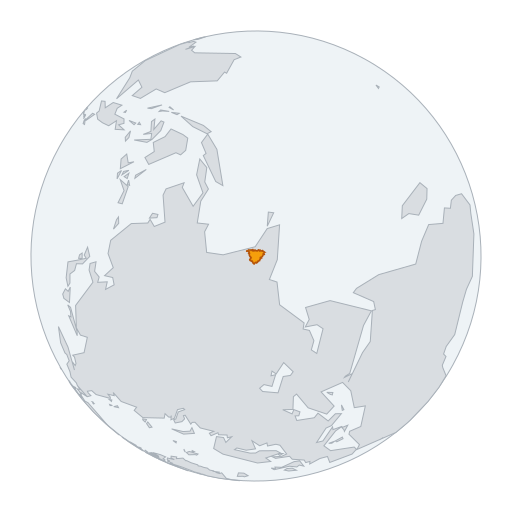 Telangana highlighted on a globe, orthographic projection, rotated 209°
{"feature_id": "IND-20011", "entity_name": "Telangana", "entity_type": "State", "adm_level": 1, "iso_a3": "IND", "parent_name": "India", "parent_adm1": "", "projection": "orthographic", "projection_center": [78.948, 17.86], "detail": "fine", "context": "on_globe", "style": "filled", "palette": "amber", "viewbox_px": 512, "rotation_deg": 209, "n_neighbors": 0, "source": "natural_earth", "source_scale": "10m", "svg_char_len": 13129}
<svg xmlns="http://www.w3.org/2000/svg" viewBox="0 0 512 512"><g transform="rotate(209 256 256)"><circle cx="256" cy="256" r="225" fill="#eef3f6" stroke="#a8b0b8"/><path d="M372.3,63.1L373.6,63.8L370.9,62.2L372.3,63.1ZM354.6,53.4L358.4,55.4L355.0,53.8L355.9,54.6L351.4,52.7L342.0,48.3L338.9,47.2L343.3,49.4L341.5,49.5L335.5,46.2L331.7,46.2L315.4,40.3L303.0,35.7L290.3,33.3L288.7,33.1L305.7,36.3L322.4,40.7L338.8,46.5L354.6,53.4ZM356.9,55.1L359.0,56.1L358.6,56.2L356.9,55.1ZM351.2,53.5L349.9,53.5L349.6,52.6L351.2,53.5ZM348.1,53.1L345.1,54.0L349.5,56.1L335.4,51.1L342.6,51.6L341.5,50.0L344.8,51.9L348.1,53.1ZM277.1,31.7L278.4,31.8L271.8,31.4L266.2,31.0L265.2,30.9L277.1,31.7ZM264.5,30.9L263.3,30.9L260.6,30.8L264.5,30.9ZM328.0,48.5L325.9,48.4L326.4,47.8L328.0,48.5ZM255.8,30.7L257.7,30.7L252.0,30.8L252.6,30.8L251.3,30.8L255.8,30.7ZM283.7,32.4L285.5,32.7L280.6,32.3L280.7,32.5L272.0,31.4L283.7,32.4ZM250.2,30.8L249.0,31.0L244.5,31.1L247.8,30.9L250.2,30.8ZM261.0,30.8L262.6,30.9L259.9,30.8L261.0,30.8ZM228.1,32.6L231.8,32.1L234.1,32.0L228.1,32.6ZM248.8,31.1L250.3,31.0L251.7,31.0L250.0,31.2L248.8,31.1ZM269.2,31.4L266.8,31.3L272.5,31.8L269.1,31.9L263.9,31.3L264.7,31.6L263.6,31.6L260.6,31.2L269.2,31.4ZM252.2,31.6L244.5,31.5L237.1,32.2L234.8,32.2L247.2,31.2L252.2,31.6ZM257.4,31.3L253.7,31.5L252.8,31.2L254.7,31.0L257.4,31.3ZM268.6,32.3L275.2,32.3L276.1,32.4L268.6,32.3ZM250.3,31.8L252.2,31.9L249.8,31.9L250.3,31.8ZM263.2,32.1L265.4,31.9L266.3,32.1L263.2,32.1ZM254.2,32.3L251.7,32.1L252.9,31.9L254.2,32.3ZM258.4,32.2L259.2,32.5L254.9,31.9L259.3,32.1L258.4,32.2ZM263.7,32.3L265.0,32.3L262.7,32.3L263.7,32.3ZM250.9,33.7L245.0,32.9L247.8,32.2L253.1,33.0L250.9,33.7ZM41.5,187.1L42.7,183.5L48.1,169.5L73.9,135.7L74.1,141.2L88.3,145.2L89.1,148.1L81.7,157.7L87.7,177.9L96.5,171.0L107.8,184.1L119.0,187.4L133.2,168.7L114.9,162.6L117.5,152.0L136.8,148.5L153.6,154.9L155.1,151.1L149.3,139.7L158.1,134.5L147.9,135.4L148.4,140.0L142.0,141.0L141.1,137.0L144.3,135.1L140.6,131.9L126.6,142.8L125.6,148.6L112.9,146.7L110.1,156.5L104.9,159.5L107.8,144.2L111.3,139.5L112.6,122.2L107.8,126.7L106.2,143.7L104.5,141.5L98.0,148.9L101.6,141.6L104.6,122.9L96.4,121.9L77.5,136.5L74.5,135.7L75.9,129.4L91.4,111.2L96.3,115.3L101.9,109.9L108.2,100.1L109.2,102.5L112.4,99.4L114.9,100.9L125.8,95.8L129.5,97.1L140.8,88.5L144.2,88.3L136.5,93.2L133.2,97.7L143.3,102.1L147.3,101.0L153.8,95.4L155.8,97.8L160.8,91.8L170.0,92.5L162.9,87.1L170.4,81.4L179.7,78.8L180.9,76.2L165.7,80.7L160.8,83.5L158.5,87.3L144.0,95.5L139.0,95.6L149.5,84.1L143.5,83.4L154.3,75.7L188.8,66.7L199.7,67.1L203.0,78.9L196.4,81.5L192.0,78.3L189.6,86.2L192.9,83.1L194.5,85.4L202.1,81.5L203.6,83.0L208.2,77.0L210.9,78.4L207.9,82.2L221.4,78.6L228.8,81.0L231.2,79.5L231.5,77.3L240.8,82.4L242.1,81.2L239.5,78.9L240.5,75.2L245.7,70.8L248.6,72.8L247.1,74.6L248.4,81.9L243.9,87.1L245.7,87.6L250.2,83.6L248.7,74.6L251.0,71.5L252.7,75.4L252.3,73.7L254.4,72.8L259.1,74.0L257.7,69.7L276.6,59.8L287.7,61.9L287.1,65.9L303.4,63.4L314.7,67.4L312.3,65.1L318.5,63.3L315.1,62.0L314.4,60.8L328.7,57.3L334.4,58.6L337.9,56.0L336.6,55.0L332.7,53.8L335.4,51.1L349.5,56.1L351.5,57.9L359.0,60.4L362.6,64.6L369.0,69.7L368.6,73.8L373.7,78.1L376.1,78.6L384.8,85.4L394.6,98.5L376.3,85.2L359.5,68.2L365.5,74.5L361.0,72.5L361.3,74.7L365.7,79.6L368.2,80.4L359.5,88.1L364.1,103.1L371.2,101.7L378.3,106.1L389.8,125.3L385.9,154.0L395.2,162.8L397.5,169.0L393.1,173.4L389.7,164.3L383.0,161.6L381.7,156.2L373.6,161.3L371.4,153.8L366.1,162.0L370.9,167.7L378.9,165.4L375.2,176.6L386.6,186.4L390.7,199.3L380.8,223.9L366.6,232.4L366.4,236.7L359.3,232.5L352.0,241.5L366.8,264.2L367.2,271.1L354.4,285.2L353.7,280.2L335.1,269.0L333.0,285.5L347.3,298.2L352.2,313.6L341.9,309.5L336.7,295.9L330.1,291.5L330.9,277.2L323.4,256.4L312.9,260.8L312.7,252.3L300.9,235.2L285.3,241.1L261.2,263.7L259.5,285.4L250.5,294.7L235.6,263.1L232.9,241.9L225.0,243.4L211.7,224.8L181.5,220.8L179.4,215.0L173.2,216.8L164.3,210.0L162.1,200.7L155.6,200.2L162.1,224.9L169.3,225.5L178.5,217.8L178.7,226.3L187.7,235.0L169.6,252.9L128.5,264.0L128.3,247.4L117.1,198.8L119.6,194.2L119.7,193.6L119.8,192.6L114.8,199.8L114.2,190.5L116.0,223.2L114.6,236.6L127.8,264.8L125.6,267.0L131.0,273.2L153.1,271.1L152.4,276.4L139.6,299.2L112.4,326.4L118.3,349.2L120.2,367.2L108.3,375.2L114.5,389.4L109.1,392.0L112.2,399.5L110.7,405.8L106.4,410.1L93.6,404.4L88.7,397.3L76.1,380.9L56.9,343.1L55.8,328.9L52.9,316.0L44.1,283.6L45.8,269.1L44.4,261.2L41.1,260.2L40.1,250.8L38.5,248.9L31.7,243.4L32.3,229.6L35.0,212.1L41.5,187.1ZM58.8,155.1L56.7,159.0L58.8,155.1ZM167.4,172.8L180.1,176.2L181.2,162.6L186.2,163.1L184.8,158.5L181.3,161.7L178.8,149.7L186.7,147.4L188.7,142.1L184.5,140.7L170.4,147.0L173.8,163.8L168.0,168.2L167.4,172.8ZM127.4,82.5L125.9,85.1L121.4,88.0L116.8,88.2L123.2,83.8L127.4,82.5ZM124.9,88.3L136.5,77.9L139.9,77.9L136.0,79.6L137.1,80.6L131.1,83.6L123.0,94.6L118.5,98.0L112.3,95.4L116.8,94.1L118.0,91.3L124.9,88.3ZM160.4,57.1L165.5,54.2L166.2,57.8L161.3,60.2L156.4,60.0L159.2,57.2L160.4,57.1ZM242.3,31.1L243.1,31.1L242.0,31.3L239.5,31.5L238.2,31.5L235.8,31.8L231.9,32.0L229.7,32.4L211.1,35.2L211.8,35.1L242.3,31.1ZM180.1,43.9L192.0,40.1L196.6,39.4L199.2,38.4L202.1,37.9L198.9,38.9L205.7,37.2L207.2,37.1L218.0,35.6L226.8,33.9L230.9,33.6L228.3,34.3L234.3,33.6L232.0,34.9L234.9,34.8L235.6,36.4L228.7,38.3L232.5,38.2L233.2,39.8L227.9,41.8L227.4,40.2L221.9,43.8L218.0,42.9L217.6,43.4L212.6,43.7L205.7,45.1L204.8,44.4L202.5,45.3L199.1,45.8L195.7,46.9L192.8,46.3L188.4,47.7L189.6,46.7L182.7,49.4L186.5,47.2L182.5,48.0L180.9,49.7L174.0,47.1L168.1,48.8L161.1,51.7L164.8,50.0L180.1,43.9ZM250.8,34.1L243.4,35.9L237.7,36.5L238.9,33.6L236.6,33.5L237.2,32.3L245.4,31.7L244.5,32.0L245.5,32.2L242.5,32.3L245.7,32.4L244.5,33.0L246.7,33.3L243.7,33.7L250.8,34.1ZM93.6,145.4L94.9,146.7L97.7,147.6L93.7,152.5L93.6,145.4ZM95.3,132.6L97.0,132.7L92.7,139.5L91.3,138.4L95.3,132.6ZM101.6,127.4L97.4,132.2L98.9,129.0L101.6,127.4ZM138.5,93.2L140.7,93.3L139.5,94.8L136.6,96.4L138.5,93.2ZM210.7,54.7L211.3,53.1L212.9,52.8L218.3,49.6L221.6,50.4L219.6,52.7L210.7,54.7ZM128.0,171.1L122.6,173.9L121.9,171.5L123.9,171.0L128.0,171.1ZM105.7,162.8L109.1,167.2L104.6,164.2L105.7,162.8ZM215.2,55.0L217.1,53.5L217.5,54.9L215.2,55.0ZM224.3,50.9L225.5,52.2L222.7,50.2L224.3,50.9ZM230.1,461.9L234.0,463.7L230.2,463.6L230.1,461.9ZM152.4,370.9L148.2,399.6L139.1,397.9L134.2,388.5L133.5,370.6L142.9,367.2L146.7,359.4L152.4,370.9ZM398.9,343.8L404.0,343.8L403.7,344.8L398.9,343.8ZM393.6,341.3L399.7,340.6L392.3,343.6L393.6,341.3ZM402.0,340.4L408.1,337.5L410.8,335.4L410.2,337.5L402.0,340.4ZM389.4,342.0L365.3,344.7L355.5,343.0L358.1,339.2L374.0,338.5L389.4,342.0ZM357.3,339.2L341.9,330.3L319.1,301.5L327.3,301.6L350.8,318.3L349.4,321.5L358.7,328.8L357.3,339.2ZM393.4,316.3L391.9,325.9L378.9,326.8L372.8,326.0L368.7,314.3L371.0,307.9L376.1,307.5L394.2,284.1L400.9,288.3L395.6,298.0L400.9,305.5L393.4,316.3ZM260.6,287.5L266.5,300.4L261.5,302.4L260.6,287.5ZM400.5,268.2L393.9,278.5L399.6,265.2L400.5,268.2ZM403.3,256.0L404.2,260.6L400.8,256.5L403.3,256.0ZM367.2,243.2L361.9,244.8L361.2,241.5L367.6,237.5L367.2,243.2ZM393.7,210.4L395.6,220.1L395.2,223.5L391.9,218.0L393.7,210.4ZM246.0,63.9L234.7,67.1L228.8,70.8L228.8,74.8L223.9,71.0L233.0,65.1L246.0,63.9ZM272.5,59.9L272.4,57.0L275.6,57.8L276.1,58.6L272.5,59.9ZM270.2,58.4L264.0,55.9L266.0,54.1L270.5,56.4L270.2,58.4ZM239.2,54.3L235.7,55.1L235.3,53.8L239.2,54.3ZM406.4,423.2L411.8,417.3L415.4,414.8L409.3,420.9L406.4,423.2ZM408.1,404.0L372.2,423.1L365.7,422.7L370.3,417.1L370.3,401.6L372.7,401.6L374.8,390.4L397.7,376.6L415.0,354.6L424.3,353.7L433.5,337.8L442.0,336.3L437.6,348.3L444.2,352.9L454.2,325.9L452.8,350.7L453.8,357.7L447.6,373.2L425.2,404.1L417.5,411.7L418.5,409.8L414.7,413.4L412.2,413.9L415.8,406.2L411.8,409.8L417.9,402.5L411.0,409.5L412.1,404.7L408.1,404.0ZM475.5,304.8L475.9,303.1L475.8,304.0L475.5,304.8ZM411.4,342.6L419.0,334.1L422.6,332.7L411.4,342.6ZM475.7,302.4L475.2,302.9L475.5,301.4L475.7,302.4ZM476.3,298.9L476.5,297.0L476.1,301.2L476.3,298.9ZM475.6,295.9L476.0,298.6L475.5,296.5L475.6,295.9ZM475.0,297.0L474.4,296.1L474.6,295.4L475.0,297.0ZM463.5,306.8L466.3,316.7L463.0,318.1L459.7,312.5L455.3,321.0L446.4,322.9L449.0,317.9L448.2,311.6L437.9,311.9L435.8,308.0L439.8,304.1L432.5,302.4L440.6,298.5L443.6,306.7L448.0,298.5L454.8,298.1L460.8,298.9L464.7,303.7L463.5,306.8ZM439.8,318.2L441.2,317.8L439.8,320.8L439.8,318.2ZM473.3,292.4L474.1,295.8L473.9,297.0L473.4,296.8L473.3,292.4ZM465.8,301.7L470.4,292.2L471.3,291.8L468.1,301.6L465.8,301.7ZM469.7,287.9L471.4,288.0L472.1,291.6L471.7,292.9L469.7,287.9ZM423.3,313.8L422.9,316.4L420.6,314.9L423.3,313.8ZM426.3,311.7L432.8,313.0L425.6,314.0L426.3,311.7ZM404.5,307.1L406.7,312.6L413.6,307.7L408.3,314.0L412.6,322.9L410.8,326.8L406.7,317.1L404.5,328.2L401.4,328.5L400.1,319.5L403.4,307.7L406.5,302.5L418.8,298.4L404.5,307.1ZM426.4,304.6L424.6,298.0L425.9,293.2L427.9,296.4L426.4,304.6ZM418.5,282.5L412.9,275.5L408.4,279.3L417.0,266.6L421.0,275.4L418.5,282.5ZM412.8,265.8L408.7,269.3L412.6,262.0L412.8,265.8ZM407.3,266.8L406.2,261.3L409.8,261.5L407.3,266.8ZM415.1,265.6L414.9,256.1L417.3,261.3L415.1,265.6ZM403.1,249.2L411.8,257.0L401.4,254.7L398.3,236.8L402.5,235.7L403.1,249.2ZM409.5,174.3L406.9,169.6L410.0,167.9L410.9,171.5L409.5,174.3ZM417.6,159.7L410.0,165.9L403.4,171.7L406.7,173.5L407.6,182.1L401.2,175.1L403.9,165.0L409.3,162.2L407.6,155.4L410.0,150.1L405.6,142.1L405.8,138.3L411.5,144.9L417.6,159.7ZM403.4,138.8L396.6,124.9L403.5,125.8L406.6,129.0L406.8,134.9L403.1,134.0L403.4,138.8ZM397.0,122.0L393.3,121.2L375.7,103.0L373.7,99.6L390.8,112.9L388.3,113.0L391.4,117.6L397.0,122.0ZM327.9,49.3L326.1,48.4L328.6,49.1L327.9,49.3ZM312.3,60.2L311.9,58.7L314.8,59.3L312.3,60.2ZM312.1,55.2L309.1,55.6L311.1,54.4L312.1,55.2ZM302.7,56.7L307.4,55.3L304.6,57.9L302.7,56.7Z" fill="#d9dde1" stroke="#a8b0b8" stroke-width="1"/><path d="M250.8,254.2L250.6,253.9L250.8,253.8L250.8,253.6L250.8,253.4L251.0,253.2L251.3,253.2L251.4,252.8L251.4,252.7L251.5,252.7L251.8,252.4L252.0,252.2L251.9,251.9L251.9,251.7L251.7,251.6L251.6,251.3L251.7,251.2L251.8,251.1L251.9,250.9L251.9,250.6L252.1,250.4L252.1,250.2L252.3,250.2L252.6,250.4L252.7,250.5L252.9,250.5L253.0,250.5L253.1,250.4L253.1,250.1L253.2,249.9L253.3,249.8L253.3,249.7L253.5,249.7L253.6,249.3L253.7,249.1L253.8,248.9L254.0,248.7L253.9,248.6L253.7,248.2L253.9,248.1L254.0,248.3L254.3,248.4L254.5,248.3L254.8,248.3L255.0,248.4L255.1,248.5L255.4,248.5L255.5,248.5L255.7,249.0L255.9,249.1L256.0,249.2L256.1,249.3L256.3,249.4L256.6,249.4L256.6,249.5L256.8,249.6L257.0,249.7L257.1,249.4L257.1,249.2L257.5,249.2L257.5,249.3L258.2,249.4L258.3,249.5L258.4,249.4L258.5,249.3L258.8,249.2L259.1,249.2L259.3,249.4L259.4,249.5L259.6,249.6L259.8,249.8L259.7,250.1L259.7,250.3L259.6,250.5L259.7,250.8L259.5,251.0L259.4,251.1L259.4,251.3L259.5,251.3L259.7,251.6L259.8,251.8L259.8,252.0L259.6,252.2L259.8,252.3L260.1,252.5L260.3,252.7L260.5,252.7L260.8,252.7L261.0,252.6L261.1,252.9L261.2,253.0L261.3,253.0L261.6,253.0L261.8,253.1L262.0,253.2L262.1,253.3L262.5,253.8L262.6,254.0L262.7,254.3L262.8,254.4L262.8,254.5L262.7,254.6L262.7,254.8L262.9,254.8L262.9,254.7L263.0,254.6L263.1,254.8L263.4,254.8L263.5,254.8L263.4,255.0L263.5,255.3L263.6,255.6L263.6,256.0L263.7,256.3L263.8,256.3L264.2,256.1L264.3,256.0L264.5,256.2L264.9,256.1L265.2,256.2L265.5,256.2L265.8,256.2L266.1,256.0L266.3,255.9L266.5,255.7L266.6,255.8L266.6,256.0L266.0,256.3L265.8,256.5L265.7,256.8L265.7,257.0L265.5,257.7L265.2,257.9L264.8,258.0L264.5,258.1L264.2,258.4L263.9,258.5L263.7,258.5L263.4,258.6L263.3,258.9L263.2,259.0L263.3,259.0L263.2,259.1L262.7,259.1L262.4,258.9L262.2,258.8L261.8,258.9L261.8,259.1L261.7,259.2L261.4,259.1L261.4,259.3L261.4,259.5L261.7,259.6L261.9,259.5L262.1,259.6L262.1,259.9L262.1,260.0L261.9,260.2L261.6,260.1L261.4,260.0L261.3,259.9L261.2,259.8L261.1,259.6L261.0,259.4L260.9,259.3L260.8,259.2L260.7,259.2L260.5,259.3L260.2,259.5L260.0,259.8L260.2,260.1L260.1,260.4L260.1,260.5L259.9,260.7L259.8,260.8L259.6,260.8L259.5,260.5L259.4,260.5L259.2,260.5L259.1,260.4L259.0,260.5L258.9,260.6L258.6,260.7L258.4,260.7L258.4,260.8L258.2,260.8L257.8,261.0L257.5,261.0L257.2,261.1L257.0,261.4L257.0,261.5L257.0,261.8L257.1,262.0L257.0,262.4L256.9,262.4L256.8,262.5L256.7,262.4L256.4,262.3L255.9,262.6L255.8,262.8L255.7,262.8L255.6,262.7L255.6,262.8L255.6,263.0L255.4,263.2L255.2,263.2L254.9,263.0L254.6,263.1L254.3,263.0L254.3,262.9L254.2,263.0L253.9,263.0L253.7,263.1L253.3,263.2L253.4,263.3L253.3,263.5L253.2,263.6L252.9,263.7L252.9,263.8L252.8,264.0L252.2,263.7L251.9,263.7L251.6,263.7L251.1,263.7L250.8,263.6L250.5,263.5L250.3,263.5L250.4,263.4L250.5,263.3L250.5,263.1L250.5,262.9L250.5,262.6L250.5,262.4L250.5,262.2L250.7,261.9L250.1,261.8L249.8,261.7L249.6,261.5L250.1,261.2L250.3,261.0L250.3,260.8L250.3,260.7L250.2,260.7L250.3,260.6L250.2,260.5L250.2,260.4L250.2,260.2L250.3,260.1L250.3,259.5L250.4,259.3L250.4,259.2L250.3,258.8L250.2,258.8L250.1,258.7L250.6,257.9L250.6,257.7L250.8,257.6L251.1,257.4L251.3,257.1L251.2,257.1L250.9,257.2L250.7,257.1L250.4,257.0L250.2,256.9L250.4,256.7L250.5,256.5L250.7,256.4L250.6,256.2L250.8,255.9L251.0,255.7L251.0,255.3L250.8,255.2L251.0,254.9L250.9,254.7L250.9,254.4L250.8,254.2Z" fill="#f59e0b" stroke="#b45309" stroke-width="1.5"/></g></svg>